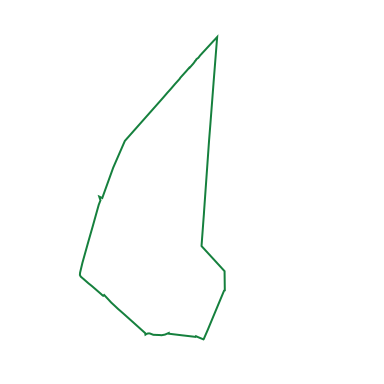 Seda, Strencu, Latvia (Robinson projection), rotated 120°
{"feature_id": "27541924B58603814408660", "entity_name": "Seda", "entity_type": "district", "adm_level": 2, "iso_a3": "LVA", "parent_name": "Latvia", "parent_adm1": "Strencu", "projection": "robinson", "projection_center": [25.749, 57.654], "detail": "fine", "context": "isolated", "style": "outline", "palette": "green", "viewbox_px": 384, "rotation_deg": 120, "n_neighbors": 0, "source": "geoboundaries", "source_scale": "gbopen_adm2", "svg_char_len": 1200}
<svg xmlns="http://www.w3.org/2000/svg" viewBox="0 0 384 384"><g transform="rotate(120 192 192)"><path d="M242.4,270.0L245.0,267.1L249.6,266.4L271.0,260.9L273.8,260.2L287.4,256.8L308.1,251.5L317.8,248.6L319.9,247.6L320.9,246.1L322.9,235.8L323.3,233.0L323.6,231.2L325.8,219.8L326.1,218.5L326.3,217.4L326.3,217.0L325.1,216.6L326.5,211.9L328.1,206.8L330.2,197.8L330.9,194.1L333.4,182.0L337.6,162.0L338.8,161.0L337.8,160.5L336.8,159.7L336.1,158.8L335.6,157.8L335.0,154.1L332.0,148.4L331.3,146.8L329.0,144.1L325.8,141.7L326.4,141.4L320.8,128.3L320.4,127.4L315.7,116.5L314.9,116.5L314.7,114.4L313.9,108.4L313.4,108.3L311.8,108.5L302.9,109.5L299.2,110.0L261.4,114.9L260.8,114.4L244.3,124.2L234.1,156.6L233.7,156.9L207.8,169.4L205.5,170.5L204.1,171.2L203.3,171.6L138.8,203.0L124.7,209.7L83.8,229.3L45.2,247.7L47.0,248.1L48.9,248.5L50.3,248.9L51.8,249.2L53.5,249.6L55.3,250.0L69.9,253.3L70.3,253.3L72.6,253.6L74.6,254.5L75.3,254.6L76.2,254.5L77.3,254.9L78.2,254.8L78.9,254.9L80.3,255.1L85.7,256.2L85.6,256.5L89.8,257.3L98.7,259.2L100.4,259.3L107.4,260.8L112.9,261.8L118.5,263.0L123.9,264.0L125.4,264.3L181.3,275.7L210.4,272.4L242.1,266.7L242.4,270.0Z" fill="none" stroke="#15803d" stroke-width="2"/></g></svg>